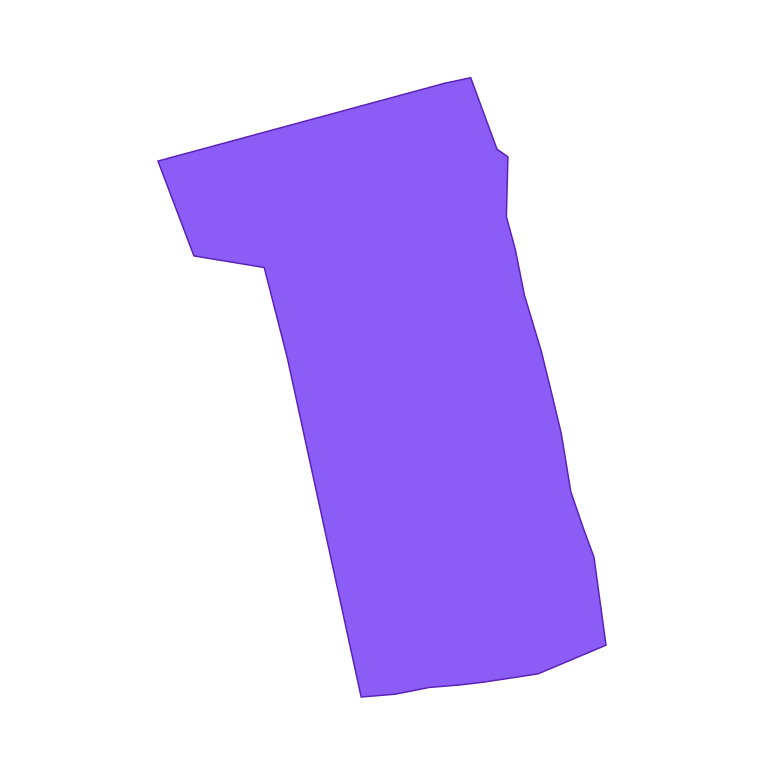 the district of Tumaseu, Tuvalu, rotated 96°
{"feature_id": "33948139B75892049878834", "entity_name": "Tumaseu", "entity_type": "district", "adm_level": 2, "iso_a3": "TUV", "parent_name": "Tuvalu", "parent_adm1": "", "projection": "orthographic", "projection_center": [178.68, -7.489], "detail": "fine", "context": "isolated", "style": "filled", "palette": "violet", "viewbox_px": 768, "rotation_deg": 96, "n_neighbors": 0, "source": "geoboundaries", "source_scale": "gbopen_adm2", "svg_char_len": 480}
<svg xmlns="http://www.w3.org/2000/svg" viewBox="0 0 768 768"><g transform="rotate(96 384 384)"><path d="M697.7,374.0L691.3,340.4L681.0,307.1L675.6,278.2L670.0,253.4L656.1,200.4L620.5,135.9L534.2,157.1L506.8,170.6L471.7,186.9L414.8,202.5L376.9,215.9L335.5,230.8L298.2,246.4L281.1,253.6L236.4,267.5L204.7,279.8L145.1,284.5L138.6,296.2L70.3,329.8L78.4,354.7L185.9,632.1L276.5,586.4L280.7,515.3L367.8,483.0L697.7,374.0Z" fill="#8b5cf6" stroke="#5b21b6" stroke-width="1.5"/></g></svg>